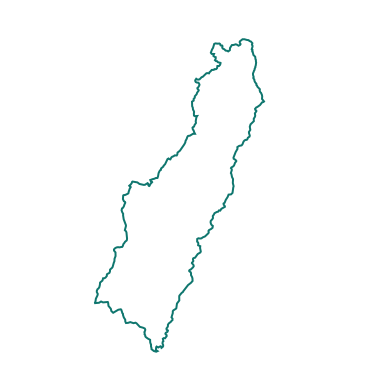 outline of Bolivar, La Libertad, Peru, rotated 226°
{"feature_id": "86281439B86357323386245", "entity_name": "Bolivar", "entity_type": "district", "adm_level": 2, "iso_a3": "PER", "parent_name": "Peru", "parent_adm1": "La Libertad", "projection": "robinson", "projection_center": [-77.704, -7.308], "detail": "fine", "context": "isolated", "style": "outline", "palette": "teal", "viewbox_px": 384, "rotation_deg": 226, "n_neighbors": 0, "source": "geoboundaries", "source_scale": "gbopen_adm2", "svg_char_len": 6045}
<svg xmlns="http://www.w3.org/2000/svg" viewBox="0 0 384 384"><g transform="rotate(226 192 192)"><path d="M267.1,331.1L266.8,330.5L266.3,330.1L264.7,329.7L264.4,328.9L264.9,327.1L266.9,326.6L267.9,326.0L268.8,324.2L270.0,322.7L269.2,319.4L267.7,317.7L268.0,315.7L269.1,315.4L270.4,314.4L272.2,314.4L273.7,313.8L274.8,314.0L275.6,315.1L276.1,315.4L276.5,315.4L277.2,314.6L277.7,314.4L278.8,315.0L279.7,314.9L281.0,313.4L282.6,312.1L283.1,310.9L281.1,307.3L280.6,305.4L279.1,302.3L277.7,302.1L276.0,303.7L275.4,302.3L275.0,301.9L273.3,302.2L272.5,302.7L271.3,301.5L270.9,300.1L269.5,300.2L268.6,300.9L267.3,300.8L265.1,302.2L264.5,301.6L263.9,300.2L263.9,298.9L265.0,297.8L263.7,296.1L263.6,294.9L263.8,294.4L264.8,293.5L264.7,292.6L265.0,292.2L266.1,291.0L265.9,289.2L266.0,287.8L265.5,286.7L267.0,285.5L267.4,284.8L267.4,279.7L267.9,278.7L267.8,275.6L268.4,274.7L269.3,273.9L270.5,273.7L270.1,271.9L269.3,271.3L268.5,271.1L267.4,271.5L266.1,272.6L264.2,272.1L263.6,271.3L263.0,269.3L263.0,268.0L262.2,267.6L261.1,267.7L260.5,267.5L260.3,267.1L259.9,264.7L259.1,263.2L258.9,260.5L257.9,259.5L257.8,257.8L256.6,256.7L257.0,254.8L253.6,251.7L252.2,251.2L250.5,249.9L249.6,249.8L248.1,249.1L247.4,248.1L245.6,246.5L244.5,246.8L243.1,248.5L242.9,247.6L242.3,246.5L240.3,243.8L238.9,242.8L238.4,240.3L237.7,239.0L237.7,238.5L238.0,237.7L237.9,237.0L236.3,236.0L235.3,236.0L233.5,235.1L231.8,234.6L233.2,233.1L234.0,229.5L234.7,228.7L235.1,227.8L234.7,226.5L234.0,225.3L233.2,222.8L232.3,221.6L231.6,219.5L230.1,212.0L230.4,209.0L229.2,207.5L228.9,206.4L230.4,204.9L230.5,203.6L231.1,202.3L231.2,201.2L230.5,199.1L231.6,198.4L232.4,198.4L232.7,197.3L230.7,192.0L230.6,189.7L230.2,189.1L230.4,186.1L229.5,185.0L229.8,184.1L229.5,182.9L228.8,181.1L226.9,178.5L226.1,176.9L227.3,175.5L227.6,174.3L228.6,172.6L229.6,170.3L228.0,169.7L227.2,170.3L226.8,170.2L226.6,167.2L226.0,166.0L226.0,165.4L226.4,165.2L227.4,165.4L228.6,166.2L229.2,166.2L229.9,163.1L230.8,162.1L234.3,159.8L236.8,159.4L240.8,156.5L240.9,156.0L240.3,154.9L240.0,153.4L240.1,151.2L239.3,151.1L238.6,151.5L238.1,151.3L237.6,149.4L236.2,146.7L235.3,145.4L235.3,144.8L236.2,142.1L237.3,140.5L237.2,140.0L234.9,137.4L232.7,136.6L231.3,136.9L230.6,136.5L229.9,134.6L229.1,133.2L228.6,131.5L228.8,130.2L227.7,128.6L226.0,127.8L224.1,127.3L223.2,126.3L219.8,123.9L214.0,121.4L213.3,120.7L211.2,117.2L209.5,117.2L208.5,116.8L203.7,113.0L202.7,111.8L202.5,111.2L202.7,109.3L202.4,108.2L202.2,106.5L201.3,104.9L201.0,103.7L202.7,101.2L203.7,100.5L204.6,99.1L205.0,97.6L204.9,96.0L204.0,95.2L201.7,95.0L199.0,92.5L197.8,89.9L196.1,88.1L195.5,86.7L193.2,82.8L193.0,81.8L193.1,79.2L191.7,77.6L191.2,76.4L191.9,73.8L191.6,73.2L190.8,72.5L190.5,70.4L190.8,69.1L191.7,68.1L190.5,66.1L190.7,63.0L189.1,61.1L187.9,59.2L187.6,57.8L187.7,56.4L187.0,54.8L186.1,54.0L184.1,53.4L183.3,52.2L182.0,48.7L180.2,46.4L179.9,45.4L179.4,45.1L176.9,48.2L176.4,50.5L174.4,51.3L171.4,55.0L170.4,54.6L168.1,52.8L164.4,52.5L162.4,51.3L159.9,51.4L158.5,57.2L157.1,59.3L156.3,59.3L153.1,57.7L152.3,57.7L151.4,56.9L149.1,55.8L146.6,55.3L145.1,54.0L143.6,53.5L142.3,55.1L141.3,57.2L138.3,58.8L137.2,60.6L136.0,60.9L131.3,60.8L128.4,62.5L126.6,63.2L125.5,62.8L124.8,61.9L124.3,60.4L123.5,60.1L122.6,59.0L121.6,58.9L120.5,58.1L119.7,58.0L117.3,58.4L114.8,59.2L112.9,57.5L111.4,56.7L110.9,56.7L109.2,55.1L108.1,54.6L107.1,53.7L104.1,54.1L102.0,55.3L101.5,56.7L103.5,56.3L105.3,58.5L105.4,59.2L103.6,59.7L103.3,61.1L102.8,62.3L102.4,62.4L101.1,61.8L100.9,63.2L101.2,64.2L101.9,64.9L103.6,65.6L104.5,66.7L104.5,67.7L106.7,69.1L106.5,70.2L105.5,71.0L105.9,73.6L106.6,74.3L108.0,74.2L108.6,74.5L108.9,75.3L108.5,77.2L109.0,78.4L109.5,78.5L110.0,78.1L110.6,78.1L111.6,78.9L111.7,80.2L112.3,81.6L113.2,82.4L113.6,83.9L113.3,86.7L113.5,87.6L113.4,88.9L114.4,90.0L116.1,90.2L118.2,94.0L119.6,95.4L119.8,96.4L119.2,99.3L119.3,100.0L122.2,103.7L122.8,107.5L125.6,110.1L126.2,110.9L126.6,114.4L126.4,116.2L126.7,116.9L127.8,124.5L127.4,128.1L127.6,130.6L129.4,132.2L130.6,132.9L133.0,133.6L134.0,134.7L135.0,135.3L136.9,135.0L137.5,135.5L137.5,136.3L137.1,137.5L137.1,140.5L137.5,141.8L138.7,142.4L140.9,142.5L141.2,142.9L141.2,144.3L141.5,145.1L142.7,145.7L143.4,146.6L143.3,147.3L142.6,148.6L143.4,153.0L142.7,156.0L143.1,157.0L146.1,158.9L147.3,160.3L149.4,159.4L150.6,160.8L151.5,161.3L152.7,161.2L154.6,163.1L154.3,164.4L152.9,165.5L152.1,166.6L151.9,168.2L151.0,170.5L151.0,175.3L151.5,176.2L152.5,176.7L152.8,177.7L152.1,180.2L152.0,181.9L153.1,183.4L154.5,183.2L155.9,183.5L157.4,184.4L158.2,185.5L158.3,187.7L158.7,189.0L160.2,190.2L160.4,190.7L160.4,191.4L161.1,193.5L160.4,196.0L159.7,197.1L160.0,198.7L159.0,199.4L159.5,201.4L158.5,205.4L159.1,205.8L160.9,206.0L161.8,206.7L161.6,208.0L162.9,210.9L163.6,214.0L164.7,216.5L163.2,218.4L163.2,220.5L166.5,224.7L167.3,226.0L170.1,227.6L172.8,230.5L175.0,231.2L177.5,232.8L178.6,233.1L180.2,236.0L181.1,236.5L182.1,236.6L182.3,237.2L181.8,239.5L181.9,240.7L183.2,243.4L183.3,244.9L183.5,245.4L184.8,245.6L187.0,245.1L187.9,245.7L190.4,251.1L191.4,254.6L192.8,255.8L192.4,258.0L191.1,260.0L191.2,261.3L192.5,264.2L192.6,265.6L192.3,266.7L191.5,267.6L191.5,268.4L192.2,269.9L191.9,271.9L192.5,272.8L194.6,273.8L195.6,274.6L196.2,277.1L198.8,278.9L200.0,281.1L200.0,285.7L201.8,287.3L202.4,289.5L202.9,290.4L204.9,291.9L205.4,294.4L205.9,294.8L207.1,294.6L208.0,295.1L208.2,296.9L207.8,298.0L207.3,301.3L207.8,304.6L207.1,306.0L207.1,306.7L210.3,307.0L212.0,308.9L213.2,309.7L215.3,310.5L216.6,310.5L218.0,311.2L218.8,312.2L222.4,312.2L223.4,312.7L224.2,312.6L225.2,313.5L227.0,313.6L228.5,314.1L229.7,315.0L231.1,315.1L231.7,315.6L231.8,316.2L233.8,317.2L234.9,318.2L235.7,320.0L236.2,320.9L236.4,321.9L237.1,322.6L237.8,324.4L238.2,324.6L238.7,325.7L240.6,328.1L241.3,328.5L242.8,329.8L243.4,329.9L245.4,331.4L248.0,331.4L249.7,332.5L250.5,332.7L251.0,333.3L251.7,333.2L252.2,334.2L253.2,334.1L254.5,336.5L255.3,337.2L256.3,337.4L257.1,338.8L259.3,338.9L260.7,338.2L261.9,338.2L263.1,337.2L265.5,335.8L266.8,334.4L267.1,331.1Z" fill="none" stroke="#0f766e" stroke-width="2"/></g></svg>